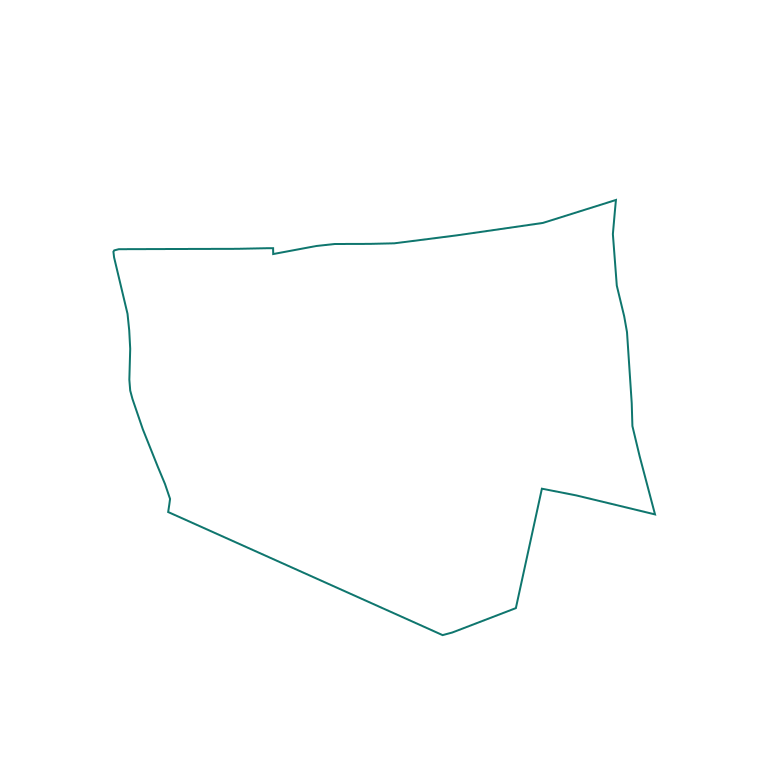 outline of Lipova, Arad, Romania, rotated 193°
{"feature_id": "2599482B8806038231558", "entity_name": "Lipova", "entity_type": "district", "adm_level": 2, "iso_a3": "ROU", "parent_name": "Romania", "parent_adm1": "Arad", "projection": "natural_earth1", "projection_center": [21.522, 46.238], "detail": "fine", "context": "isolated", "style": "outline", "palette": "teal", "viewbox_px": 768, "rotation_deg": 193, "n_neighbors": 0, "source": "geoboundaries", "source_scale": "gbopen_adm2", "svg_char_len": 705}
<svg xmlns="http://www.w3.org/2000/svg" viewBox="0 0 768 768"><g transform="rotate(193 384 384)"><path d="M270.4,152.5L261.6,157.2L205.1,195.3L206.6,317.5L171.6,318.7L90.6,317.9L118.6,371.0L132.5,398.9L138.3,421.0L158.9,489.2L165.2,504.0L179.3,532.2L194.7,581.5L198.0,605.0L199.4,615.5L265.4,576.7L346.8,545.1L405.6,523.4L429.5,517.3L463.6,509.3L481.1,503.2L521.2,485.7L522.6,491.4L529.3,489.8L557.4,482.7L625.8,466.7L672.7,455.7L676.9,453.5L677.1,452.9L677.4,452.0L675.5,446.7L649.7,394.7L644.3,378.9L639.2,361.2L633.1,330.9L629.8,320.5L625.7,312.8L608.8,285.6L585.8,252.5L574.9,237.3L566.6,223.9L566.1,218.5L565.8,214.6L565.5,210.7L270.4,152.5Z" fill="none" stroke="#0f766e" stroke-width="2"/></g></svg>